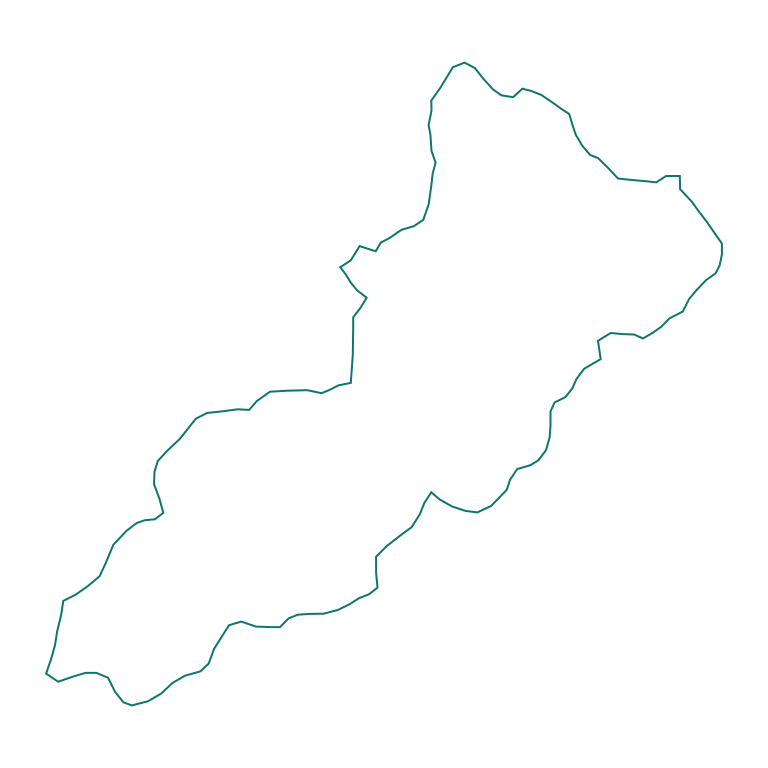 Cedral, São Paulo, Brazil (orthographic projection), rotated 180°
{"feature_id": "56859067B54870059140292", "entity_name": "Cedral", "entity_type": "district", "adm_level": 2, "iso_a3": "BRA", "parent_name": "Brazil", "parent_adm1": "São Paulo", "projection": "orthographic", "projection_center": [-49.264, -20.916], "detail": "fine", "context": "isolated", "style": "outline", "palette": "teal", "viewbox_px": 768, "rotation_deg": 180, "n_neighbors": 0, "source": "geoboundaries", "source_scale": "gbopen_adm2", "svg_char_len": 2140}
<svg xmlns="http://www.w3.org/2000/svg" viewBox="0 0 768 768"><g transform="rotate(180 384 384)"><path d="M46.1,524.5L54.7,536.8L61.2,546.2L68.5,555.6L75.9,566.0L87.9,578.8L88.2,592.0L102.0,592.0L111.7,585.7L124.6,587.0L138.0,588.2L150.0,589.5L160.6,600.8L169.8,609.8L178.0,613.1L185.9,622.5L192.2,633.2L195.4,642.6L198.8,654.0L206.9,659.3L213.8,664.3L226.7,673.1L237.3,677.2L245.6,679.3L254.9,670.8L266.7,672.7L275.1,678.7L284.8,689.4L293.0,699.8L303.4,705.4L315.1,700.8L327.8,680.0L336.7,667.4L336.5,657.4L339.4,642.8L337.6,633.4L336.5,617.1L332.4,605.4L335.3,594.5L336.7,582.2L339.4,563.4L344.8,548.0L354.1,541.9L366.5,538.2L378.5,530.0L387.2,525.4L392.3,516.7L408.4,521.9L417.2,507.7L427.7,500.8L422.2,493.5L417.0,485.1L411.1,477.8L401.4,470.3L407.9,459.6L414.8,450.7L414.8,441.3L415.2,413.3L417.2,385.1L429.6,382.6L438.2,378.2L446.6,374.8L460.4,377.8L481.0,377.3L498.0,376.3L511.3,366.9L518.8,358.1L530.6,358.7L545.5,356.7L561.1,355.0L572.2,349.3L588.2,329.1L600.8,317.2L610.3,306.9L613.5,296.1L614.0,283.9L608.5,269.1L604.7,255.1L613.2,248.7L623.2,247.8L631.4,244.9L641.3,237.4L654.6,223.3L662.0,205.6L668.4,191.8L680.3,181.8L692.3,173.4L704.7,167.1L707.0,152.3L710.8,136.9L713.1,122.4L716.9,108.9L721.9,94.4L709.9,86.3L694.3,91.6L682.6,95.1L671.7,95.1L660.0,90.3L652.9,76.1L644.6,65.7L636.2,62.6L620.1,66.7L606.8,74.5L595.7,84.9L583.3,92.2L567.7,96.6L559.3,104.4L553.9,119.2L539.0,142.8L526.8,146.4L511.9,141.4L497.2,140.9L488.0,140.9L479.3,149.7L470.1,153.3L458.5,154.1L444.6,154.3L429.9,158.1L417.9,164.1L409.0,169.8L398.7,173.9L390.5,180.4L391.9,195.2L391.9,211.3L381.2,222.0L365.9,233.9L356.4,240.8L348.2,253.7L343.5,265.4L336.7,275.7L328.3,268.5L315.9,261.5L302.5,257.1L290.6,255.6L276.8,262.1L267.7,271.5L261.2,278.2L258.0,288.2L250.7,299.0L237.6,302.8L229.5,307.8L222.0,317.8L218.4,330.5L217.5,342.0L217.5,356.5L213.4,365.6L202.6,370.9L195.8,379.4L191.4,389.2L183.8,399.3L167.3,408.9L170.0,427.2L157.3,435.0L145.3,433.9L133.8,433.5L125.1,429.5L115.4,435.1L106.6,441.4L98.4,449.7L85.1,456.6L79.0,468.9L71.1,478.3L61.7,488.1L52.5,494.6L48.4,502.5L46.1,513.4L46.1,524.5Z" fill="none" stroke="#0f766e" stroke-width="2"/></g></svg>